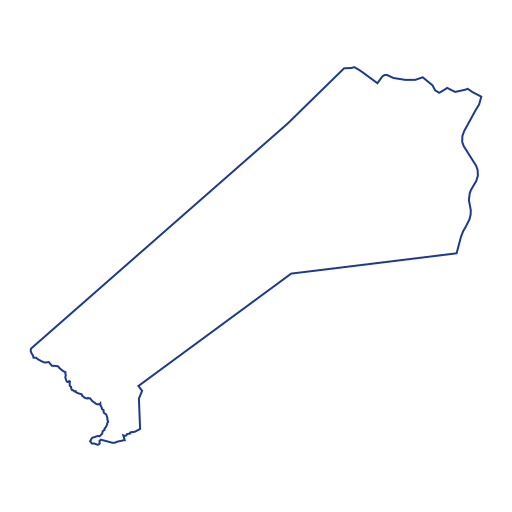 the district of Ngerkeai, Aimeliik, Palau
{"feature_id": "81905179B59799521808446", "entity_name": "Ngerkeai", "entity_type": "district", "adm_level": 2, "iso_a3": "PLW", "parent_name": "Palau", "parent_adm1": "Aimeliik", "projection": "orthographic", "projection_center": [134.503, 7.436], "detail": "fine", "context": "isolated", "style": "outline", "palette": "blue", "viewbox_px": 512, "rotation_deg": 0, "n_neighbors": 0, "source": "geoboundaries", "source_scale": "gbopen_adm2", "svg_char_len": 1966}
<svg xmlns="http://www.w3.org/2000/svg" viewBox="0 0 512 512"><path d="M288.4,122.8L287.0,124.1L30.9,348.7L30.7,351.1L31.5,353.2L33.0,355.5L33.5,357.7L36.2,357.8L37.7,359.1L41.4,361.2L44.6,362.5L46.4,362.4L48.7,362.0L50.0,363.5L51.9,365.8L55.4,365.9L57.0,366.1L58.4,366.6L59.1,367.7L60.8,369.2L63.1,371.1L65.5,372.2L65.3,373.6L65.8,375.1L65.3,377.4L66.2,380.4L66.9,381.6L67.8,382.0L68.8,381.8L69.2,381.1L69.9,381.5L69.7,382.9L69.7,385.5L70.3,386.4L71.1,386.8L71.3,388.9L72.1,390.1L72.9,390.1L73.8,390.9L74.6,391.3L75.6,391.2L75.6,392.0L78.2,393.3L81.6,394.2L82.4,396.1L83.4,396.5L84.2,397.5L85.9,398.2L87.2,398.5L88.0,397.9L88.7,398.4L90.0,398.3L92.5,401.3L94.9,402.8L95.3,403.4L96.3,403.9L97.4,404.4L98.6,404.2L99.5,404.4L100.3,403.4L100.5,405.3L100.9,406.1L101.5,406.9L101.9,409.0L102.5,409.3L103.7,410.3L103.5,411.6L103.8,412.7L106.2,414.5L107.5,418.4L107.3,419.7L108.0,421.1L108.1,422.0L107.4,422.6L106.9,425.0L106.4,425.9L105.6,427.5L104.6,428.4L104.6,429.8L102.7,431.2L102.1,433.8L99.5,436.3L98.1,435.9L92.2,437.8L91.0,439.4L90.7,440.8L90.1,441.2L91.8,443.5L94.7,443.6L97.6,444.8L98.8,444.4L99.7,443.5L99.5,440.9L100.9,439.7L112.5,442.8L115.0,442.7L117.1,441.7L120.9,440.9L123.5,440.3L124.7,440.2L123.3,435.4L124.6,436.0L126.4,435.3L127.0,434.1L130.2,433.5L130.2,432.6L131.2,432.1L132.8,432.1L134.9,431.7L140.1,429.0L138.9,398.6L142.1,390.8L138.4,386.0L291.2,273.6L456.6,253.3L460.9,237.1L463.1,231.3L465.8,226.7L469.5,219.3L470.6,214.7L470.8,210.3L468.9,200.1L469.7,193.4L470.9,190.1L473.1,186.3L476.3,180.9L477.9,175.5L477.6,170.0L476.2,165.9L463.7,146.1L462.2,141.9L462.4,135.9L464.3,130.8L468.4,123.4L475.7,110.0L479.1,104.5L481.3,96.7L472.5,92.1L467.7,88.8L465.3,89.7L455.2,91.9L451.9,90.3L447.1,87.9L445.0,89.4L439.3,92.8L435.2,90.4L432.5,85.3L422.7,77.3L415.1,79.9L405.6,79.9L393.4,78.0L386.8,74.9L384.3,75.1L382.4,76.4L377.4,83.2L362.6,72.3L358.6,69.6L354.3,67.2L351.2,68.0L344.1,68.3L288.4,122.8Z" fill="none" stroke="#1e3a8a" stroke-width="2"/></svg>